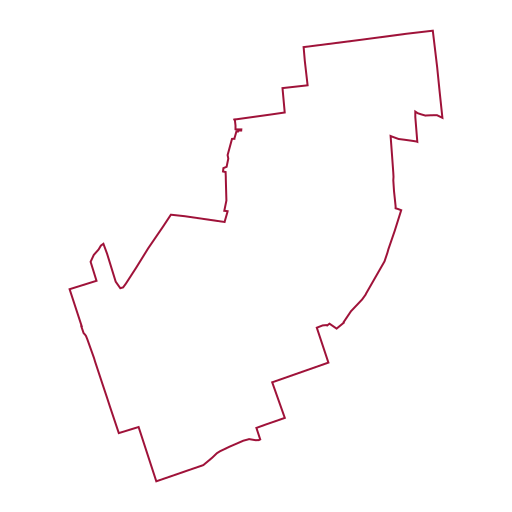 Calmatuiu, Teleorman, Romania
{"feature_id": "2599482B22374175683856", "entity_name": "Calmatuiu", "entity_type": "district", "adm_level": 2, "iso_a3": "ROU", "parent_name": "Romania", "parent_adm1": "Teleorman", "projection": "albers", "projection_center": [24.851, 43.964], "detail": "fine", "context": "isolated", "style": "outline", "palette": "rose", "viewbox_px": 512, "rotation_deg": 0, "n_neighbors": 0, "source": "geoboundaries", "source_scale": "gbopen_adm2", "svg_char_len": 1936}
<svg xmlns="http://www.w3.org/2000/svg" viewBox="0 0 512 512"><path d="M81.3,326.3L82.9,331.0L83.6,333.1L85.1,334.7L86.0,336.0L87.4,339.5L94.0,358.0L95.1,361.7L102.6,384.4L106.8,397.0L107.1,397.9L109.9,406.5L118.8,433.1L138.6,427.0L147.1,453.1L156.3,481.3L187.6,470.5L203.3,465.1L212.2,457.7L216.9,453.2L220.1,451.2L229.5,446.7L243.3,440.7L247.8,439.5L249.1,439.1L255.6,440.2L258.8,440.1L260.2,439.4L256.4,427.9L265.8,424.5L284.8,417.9L272.2,382.3L328.4,362.6L316.8,327.7L322.7,325.4L326.5,325.1L327.1,325.5L329.5,323.7L336.6,328.6L343.8,322.7L343.6,322.2L351.0,311.2L362.1,299.5L365.7,294.5L366.0,293.7L384.5,261.4L387.4,252.8L388.4,249.2L394.7,230.9L401.2,210.2L397.7,208.9L396.6,208.6L395.6,208.3L395.6,206.2L394.0,191.0L393.3,180.3L393.5,176.8L393.3,172.9L392.1,156.3L390.6,136.0L392.3,136.7L398.6,139.0L404.2,139.7L412.1,140.8L416.5,141.5L417.3,141.8L415.3,117.0L415.3,111.6L417.7,113.2L421.0,114.3L425.5,115.6L426.0,115.5L430.0,115.3L434.2,115.2L437.0,115.2L439.7,116.5L442.4,117.8L439.6,91.4L437.4,69.6L437.2,67.5L432.8,30.7L406.1,33.8L355.5,40.5L303.6,47.1L303.7,48.0L304.8,60.9L307.6,85.3L306.9,85.4L282.5,88.1L284.5,110.1L284.7,112.5L270.9,114.5L245.7,118.0L236.3,119.3L234.7,119.4L234.3,119.5L234.5,119.9L235.0,120.9L235.0,121.1L235.5,125.5L235.5,129.3L236.0,129.4L236.9,129.4L240.1,129.4L241.3,129.4L241.2,130.5L239.9,130.5L238.3,130.6L238.0,131.5L236.4,131.5L236.2,132.2L235.5,134.7L234.4,138.5L234.4,138.8L233.4,138.8L232.0,138.9L227.6,155.1L228.3,158.6L226.6,166.8L223.4,168.1L223.0,171.5L223.4,171.6L225.6,172.0L225.8,177.2L225.8,178.7L226.0,186.0L226.4,200.6L224.6,209.3L224.3,210.8L227.6,211.2L227.5,211.8L225.0,220.5L224.6,222.0L184.7,216.2L173.6,215.0L170.9,214.7L163.1,226.5L148.2,248.3L136.3,267.5L125.9,283.6L123.1,287.4L120.3,288.2L115.7,281.7L107.1,253.8L103.4,243.8L100.9,245.6L98.6,249.5L93.8,254.9L90.6,261.8L96.5,280.8L69.6,289.2L81.7,326.2L81.3,326.3Z" fill="none" stroke="#9f1239" stroke-width="2"/></svg>